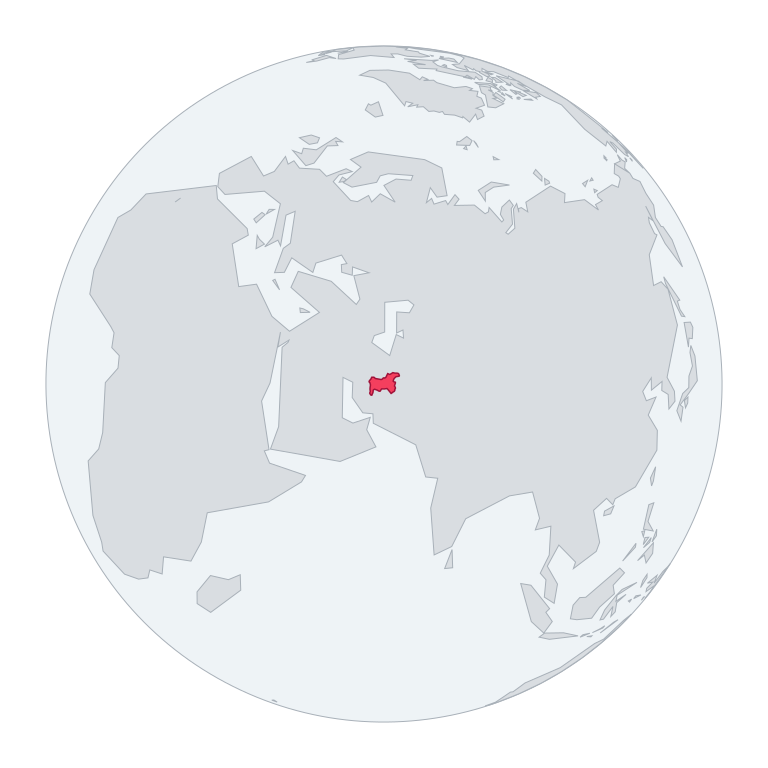 globe centered on Yazd, rotated 28°
{"feature_id": "IRN-3217", "entity_name": "Yazd", "entity_type": "Province", "adm_level": 1, "iso_a3": "IRN", "parent_name": "Iran", "parent_adm1": "", "projection": "orthographic", "projection_center": [55.694, 32.497], "detail": "fine", "context": "on_globe", "style": "filled", "palette": "rose", "viewbox_px": 768, "rotation_deg": 28, "n_neighbors": 0, "source": "natural_earth", "source_scale": "10m", "svg_char_len": 12154}
<svg xmlns="http://www.w3.org/2000/svg" viewBox="0 0 768 768"><g transform="rotate(28 384 384)"><circle cx="384" cy="384" r="338" fill="#eef3f6" stroke="#a8b0b8"/><path d="M411.9,47.2L414.3,47.5L447.7,53.6L463.8,56.7L456.0,55.9L490.0,63.7L511.7,71.9L483.8,62.2L478.3,61.1L491.4,65.8L488.5,65.9L493.2,68.5L488.7,68.4L472.8,63.8L469.6,64.0L479.0,67.5L480.4,70.3L467.0,65.0L468.1,69.7L441.7,64.9L409.7,54.2L391.5,54.9L349.4,53.6L349.8,55.1L334.1,56.8L328.7,59.4L322.4,59.3L323.5,61.7L330.3,61.4L333.0,62.5L330.5,64.3L322.0,64.1L322.1,63.2L318.2,64.2L315.1,63.5L315.2,64.9L305.3,65.0L311.2,67.7L300.0,70.3L294.5,69.7L300.2,66.0L301.7,58.6L297.9,58.4L286.7,61.1L254.7,73.1L248.3,75.1L235.9,80.6L237.0,80.6L247.1,76.6L246.0,78.9L258.5,74.6L259.9,75.3L270.7,73.2L263.4,77.9L250.5,83.8L241.2,86.1L235.3,89.2L239.6,91.0L217.9,100.3L195.9,115.9L190.9,118.4L189.3,114.5L200.9,103.2L198.8,101.7L194.4,107.5L181.9,115.1L177.5,118.7L174.8,121.6L177.3,120.8L171.8,124.9L174.2,119.8L179.2,116.0L178.4,117.4L183.7,112.6L185.2,110.7L184.2,111.5L204.2,97.9L225.1,85.8L246.8,75.2L269.2,66.2L292.2,58.8L315.7,53.1L339.5,49.0L363.6,46.7L387.8,46.1L411.9,47.2ZM475.9,59.5L468.6,57.3L476.6,59.5L475.9,59.5ZM494.7,68.9L497.6,69.7L498.8,70.8L494.7,68.9ZM274.0,71.0L272.3,72.1L271.2,71.8L274.0,71.0ZM280.2,69.2L280.0,68.2L282.9,67.3L282.9,67.9L280.2,69.2ZM493.0,72.0L493.9,74.1L490.2,71.1L493.0,72.0ZM279.7,70.8L288.1,65.8L293.2,64.3L297.7,65.7L279.7,70.8ZM492.7,74.7L495.2,80.6L502.1,82.5L484.2,81.3L488.0,76.2L482.3,72.0L488.8,74.5L492.7,74.7ZM333.5,60.6L326.2,60.9L334.7,59.1L333.5,60.6ZM338.3,59.2L360.4,53.5L370.0,54.5L360.6,55.9L374.9,56.4L368.6,59.5L359.4,60.0L354.5,58.6L355.8,61.0L338.3,59.2ZM473.9,80.1L472.2,81.2L471.0,79.2L473.9,80.1ZM334.8,62.8L338.4,61.3L346.9,61.9L341.2,65.1L340.3,63.8L334.8,62.8ZM381.7,55.3L387.0,56.7L383.4,59.5L385.0,60.5L369.3,59.7L381.7,55.3ZM337.0,64.6L338.1,66.8L331.7,68.3L331.8,64.4L337.0,64.6ZM351.5,60.9L355.3,61.5L351.3,62.1L351.5,60.9ZM309.8,75.9L313.9,73.5L318.7,73.5L309.8,75.9ZM338.9,67.5L341.1,67.0L343.4,66.9L342.8,68.7L338.9,67.5ZM367.9,62.0L365.3,63.1L374.1,62.4L371.8,65.0L361.7,64.2L365.1,65.6L364.4,66.4L357.0,65.0L367.9,62.0ZM349.3,70.4L335.7,71.0L326.9,75.1L322.4,75.1L337.3,68.6L349.3,70.4ZM354.4,67.2L350.2,69.1L346.7,67.8L347.5,65.8L354.4,67.2ZM373.8,67.1L380.0,63.4L381.9,63.8L373.8,67.1ZM347.4,71.7L350.7,71.6L347.2,72.1L347.4,71.7ZM366.5,68.7L368.4,67.2L370.6,67.6L366.5,68.7ZM355.7,72.8L351.4,72.8L351.7,71.3L355.7,72.8ZM361.2,71.1L363.8,72.0L354.5,70.7L361.7,70.3L361.2,71.1ZM368.2,69.3L370.2,69.1L367.1,69.9L368.2,69.3ZM356.9,78.9L345.1,77.6L345.9,74.1L357.2,75.7L356.9,78.9ZM74.3,419.2L70.9,361.9L78.8,349.2L84.7,327.9L142.7,287.5L150.1,298.8L190.2,311.0L194.3,316.3L184.2,331.5L210.0,366.2L224.6,355.7L253.3,376.9L275.8,381.8L293.4,351.1L256.5,342.4L255.4,324.8L289.2,318.1L322.2,326.8L322.9,320.4L306.5,302.5L318.6,292.8L301.3,295.4L304.9,302.9L294.2,305.2L290.3,298.6L294.7,295.1L286.0,290.1L267.1,309.2L268.8,318.9L243.3,315.9L243.6,332.2L235.1,337.1L231.4,311.5L235.2,303.7L224.5,273.2L218.2,280.9L227.8,310.6L222.8,306.8L214.3,318.9L216.8,306.6L207.9,273.5L187.9,269.9L154.6,291.3L144.6,287.8L139.8,275.3L160.0,245.4L180.0,256.9L187.4,247.8L190.2,229.3L196.1,234.9L199.7,229.2L208.0,233.1L226.3,224.7L235.7,227.6L249.5,211.7L256.2,211.4L246.1,220.6L244.2,229.2L268.4,237.6L274.9,235.5L281.9,224.8L287.7,229.1L291.4,217.8L308.5,218.2L290.7,208.7L298.4,197.4L312.3,191.4L311.6,186.4L289.1,196.3L282.9,202.0L282.8,209.4L263.3,225.2L253.6,225.3L261.9,203.3L249.0,201.5L261.1,186.5L314.6,166.8L333.6,166.1L351.3,188.1L343.1,194.1L332.7,188.9L336.3,204.0L338.9,197.8L343.7,201.7L352.3,193.1L356.1,195.6L357.8,183.5L363.5,185.6L362.3,193.3L379.8,183.6L393.3,186.2L395.4,183.0L393.9,178.8L412.0,185.6L412.7,183.0L407.1,179.6L405.0,172.4L408.3,162.7L414.3,165.6L414.0,169.5L422.4,182.5L420.5,193.2L423.3,193.5L426.4,185.0L416.2,168.9L416.4,162.4L422.5,169.1L420.3,166.1L422.4,163.8L430.1,164.5L423.9,156.9L438.1,131.1L454.4,130.9L458.2,139.1L474.5,127.1L491.7,129.7L486.5,126.3L490.7,119.6L485.4,118.6L483.2,116.5L491.8,101.0L498.5,100.4L496.3,91.8L493.6,90.3L488.5,90.1L484.2,81.3L502.1,82.5L507.3,85.6L514.9,85.0L525.7,92.7L538.1,99.5L545.5,109.6L554.7,114.8L556.6,114.1L570.6,121.4L592.6,140.5L566.3,128.0L531.5,104.1L544.9,113.6L539.3,112.7L542.6,117.1L552.3,124.2L555.0,124.2L557.5,145.3L575.8,170.5L580.7,163.6L590.3,167.0L615.4,194.2L630.8,245.2L643.8,254.0L649.0,262.6L647.3,272.3L639.8,259.8L632.3,259.3L628.3,251.2L623.0,263.9L617.1,253.1L615.9,269.1L623.5,275.6L630.3,267.8L631.9,287.4L647.1,296.6L656.0,314.3L654.3,356.8L642.0,376.8L642.7,383.2L634.2,380.5L628.3,397.1L648.7,422.5L650.0,432.1L637.9,458.1L636.7,451.3L614.0,444.1L613.7,468.2L631.1,479.2L637.2,497.8L625.6,496.9L618.9,480.8L610.8,477.7L610.2,457.5L598.1,431.2L586.1,441.8L584.4,429.6L565.9,409.6L547.3,423.9L519.4,464.6L520.1,495.7L508.5,511.4L483.5,471.6L475.7,442.0L464.5,446.5L440.6,422.8L393.0,423.7L388.2,415.5L378.8,419.4L362.3,410.9L355.6,397.1L344.7,397.4L363.0,433.4L374.9,433.1L387.5,419.9L390.2,432.5L406.4,443.3L381.6,473.0L314.3,494.8L311.0,471.1L276.8,399.4L279.7,392.3L279.7,391.4L279.5,389.8L273.0,401.1L268.2,386.8L282.9,436.6L283.9,456.5L313.3,496.0L309.7,499.2L320.1,507.6L357.6,501.6L357.1,509.2L337.4,542.3L288.4,580.7L296.9,609.3L296.7,631.0L270.5,640.1L277.3,655.9L264.5,658.1L266.6,666.0L258.9,671.5L244.2,673.7L214.4,663.4L209.0,656.2L188.7,636.7L158.9,590.8L162.6,575.3L158.4,558.9L137.3,513.6L141.7,494.9L136.9,483.2L126.6,479.7L121.6,465.5L115.7,461.5L82.0,442.7L74.3,419.2ZM117.1,315.3L114.2,321.2L114.2,321.3L117.1,315.3ZM353.7,353.1L375.7,356.2L371.6,334.6L379.7,334.3L375.4,327.4L371.2,333.1L361.4,314.4L373.0,309.2L373.3,300.1L365.9,298.7L346.3,311.5L360.2,337.8L352.7,345.8L353.7,353.1ZM181.8,115.3L181.5,115.9L177.8,119.3L177.7,118.7L181.8,115.3ZM173.0,130.4L164.4,136.6L170.4,131.4L168.5,131.3L178.9,120.9L188.9,119.1L182.5,121.5L173.0,130.4ZM195.5,107.6L187.8,113.7L195.8,107.2L195.5,107.6ZM211.5,196.9L212.0,202.3L205.5,207.5L193.7,206.2L202.9,198.3L211.5,196.9ZM214.3,209.0L225.9,188.9L233.7,189.7L227.4,192.5L231.4,195.1L222.2,200.4L218.5,221.8L212.5,227.9L193.8,220.7L203.2,219.3L202.1,213.7L214.3,209.0ZM241.5,144.0L246.6,137.4L257.0,147.3L251.0,152.4L238.8,150.8L238.7,143.9L241.5,144.0ZM286.0,75.2L287.3,73.6L289.7,73.4L290.5,74.6L286.0,75.2ZM311.3,74.7L282.9,82.8L282.9,81.1L266.3,88.9L259.8,87.8L270.8,82.5L253.4,88.1L260.8,82.9L249.0,87.4L274.2,75.9L280.1,72.2L275.9,76.6L281.7,77.6L285.9,76.9L302.4,72.6L318.0,66.0L326.2,66.7L327.9,69.0L325.4,70.7L320.8,69.5L320.7,72.6L312.3,72.3L311.3,74.7ZM342.4,106.6L338.2,102.7L336.6,112.6L328.1,110.8L328.5,112.1L320.2,113.4L310.8,117.5L307.7,115.9L305.4,118.2L299.9,119.5L295.6,122.3L288.6,120.7L282.9,124.2L282.8,121.5L274.8,128.1L277.6,122.6L270.8,124.3L271.6,128.7L244.3,117.5L230.6,118.4L217.6,122.7L224.3,113.7L240.7,104.6L260.6,97.6L272.8,98.5L273.6,94.8L279.7,94.4L276.5,97.5L285.1,92.5L289.2,93.1L307.0,89.4L316.7,82.8L323.4,81.7L321.7,84.6L329.6,81.5L330.9,86.4L335.8,85.9L341.9,90.7L335.8,97.3L341.7,96.3L346.6,100.5L342.4,106.6ZM358.2,80.3L352.9,87.7L345.6,90.6L337.9,81.2L333.3,81.0L328.2,75.9L338.9,72.0L339.4,73.7L342.3,74.6L337.8,75.4L343.6,75.4L344.5,77.9L349.3,78.7L346.2,80.7L358.2,80.3ZM202.3,312.3L206.1,314.7L212.8,316.6L207.5,324.6L202.3,312.3ZM195.7,289.8L199.6,290.3L195.5,301.7L191.6,299.5L195.7,289.8ZM205.3,281.3L200.2,289.4L200.6,283.7L205.3,281.3ZM250.1,220.8L254.7,221.1L253.8,223.8L249.7,226.9L250.1,220.8ZM335.9,138.9L334.7,135.4L336.9,134.6L340.9,126.6L347.5,127.8L347.7,133.1L335.9,138.9ZM285.1,355.4L276.6,360.2L274.0,356.4L277.5,355.5L285.1,355.4ZM238.6,342.7L247.6,349.9L237.1,344.8L238.6,342.7ZM343.8,138.8L344.7,135.3L347.4,138.1L343.8,138.8ZM352.5,128.3L356.3,130.9L348.8,127.0L352.5,128.3ZM435.2,714.7L439.0,715.0L433.3,715.8L435.2,714.7ZM354.3,633.3L338.2,667.0L322.1,665.6L316.5,655.3L320.7,634.6L338.5,629.8L346.6,619.9L354.3,633.3ZM681.6,511.8L685.8,508.7L685.4,510.1L681.6,511.8ZM677.4,511.9L682.8,507.4L676.0,515.5L677.4,511.9ZM684.7,505.7L690.1,498.1L692.4,493.8L691.7,496.8L684.7,505.7ZM673.6,515.3L649.9,531.8L639.8,534.7L642.8,528.5L659.3,519.4L673.6,515.3ZM642.0,528.9L625.6,524.6L598.4,496.0L608.2,492.7L635.7,504.6L634.1,509.6L644.1,514.7L642.0,528.9ZM679.1,479.8L677.3,493.3L664.9,501.6L658.8,503.8L654.8,490.5L657.1,480.7L662.3,477.6L678.6,435.8L685.0,437.8L680.8,454.1L685.9,461.1L679.1,479.8ZM521.8,498.2L530.9,514.0L524.2,518.5L521.8,498.2ZM682.6,410.0L677.8,428.3L681.3,406.3L682.6,410.0ZM683.1,391.1L684.7,397.1L680.9,393.3L683.1,391.1ZM645.1,392.2L639.8,397.2L638.4,392.7L644.3,383.7L645.1,392.2ZM662.7,329.5L667.4,343.1L668.1,348.4L663.4,342.0L662.7,329.5ZM401.4,149.4L388.4,158.7L383.5,167.4L387.6,174.9L376.3,168.8L383.9,155.3L401.4,149.4ZM432.9,132.7L429.2,127.1L434.4,127.5L436.0,128.9L432.9,132.7ZM428.1,130.7L416.9,127.8L417.2,123.4L426.0,126.5L428.1,130.7ZM380.0,132.0L375.7,134.5L373.6,132.0L380.0,132.0ZM633.0,612.4L629.0,616.7L624.4,620.8L631.9,612.5L640.3,596.7L642.4,595.2L648.9,581.7L672.7,551.8L691.8,514.3L697.7,506.2L706.6,480.1L710.5,471.0L705.3,488.8L705.3,488.7L697.0,511.3L687.2,533.3L675.8,554.5L662.9,574.8L648.6,594.1L633.0,612.4ZM691.8,502.3L698.6,486.5L701.3,482.2L691.8,502.3ZM716.2,445.7L715.0,450.9L716.6,442.3L717.3,435.2L712.8,444.3L711.9,441.0L714.3,432.7L710.1,436.2L714.9,424.7L716.0,433.0L718.3,418.5L720.4,411.8L721.0,408.3L716.2,445.7ZM713.1,450.7L713.8,449.2L712.8,454.1L713.1,450.7ZM703.6,457.7L703.2,461.3L701.6,460.9L703.6,457.7ZM705.8,452.8L709.9,449.6L705.2,456.3L705.8,452.8ZM689.0,461.0L690.8,467.0L696.5,456.1L692.1,467.8L695.1,476.6L693.4,482.8L690.6,472.9L688.2,488.6L685.5,490.9L684.9,480.0L688.1,462.4L690.7,453.6L700.5,440.4L689.0,461.0ZM706.1,443.3L704.8,435.9L705.6,428.5L707.1,431.5L706.1,443.3ZM699.4,419.0L694.2,412.8L690.8,420.9L696.4,397.7L700.7,407.4L699.4,419.0ZM692.9,399.2L689.9,406.7L692.1,394.1L692.9,399.2ZM688.3,404.1L686.5,397.0L689.7,395.0L688.3,404.1ZM694.8,397.6L693.0,384.1L695.8,390.1L694.8,397.6ZM681.6,381.4L690.7,387.4L681.2,390.4L674.5,366.2L678.0,362.2L681.6,381.4ZM661.4,263.5L657.0,257.6L658.5,252.8L661.1,258.2L661.4,263.5ZM659.1,234.0L657.4,249.7L655.3,263.4L658.9,264.1L663.7,277.4L655.1,270.1L652.2,252.2L654.8,244.1L649.5,233.8L647.9,223.3L639.4,212.6L636.8,205.9L645.4,213.3L659.1,234.0ZM635.5,208.5L620.1,188.8L625.5,185.5L630.1,189.0L634.9,199.2L631.8,200.3L635.5,208.5ZM618.0,183.3L614.8,184.4L585.4,163.1L580.6,158.0L605.8,171.1L604.1,173.1L610.4,179.3L618.0,183.3ZM475.8,82.3L472.5,81.3L475.7,81.2L475.8,82.3ZM480.2,116.2L477.8,113.4L481.5,113.1L480.2,116.2ZM473.0,105.9L470.5,108.1L470.6,104.5L473.0,105.9ZM465.2,113.8L468.2,108.5L469.0,115.4L465.2,113.8Z" fill="#d9dde1" stroke="#a8b0b8" stroke-width="1"/><path d="M373.8,383.2L379.1,381.5L379.6,381.2L379.9,380.9L380.1,380.5L380.3,380.1L380.5,379.1L380.8,378.8L381.3,378.5L381.7,378.5L381.9,378.3L382.4,377.5L382.5,377.1L382.4,373.1L382.5,373.1L383.0,373.0L384.2,373.0L384.8,372.7L386.5,369.8L388.5,369.3L390.4,368.3L391.6,368.0L392.1,368.1L393.5,369.2L393.7,369.6L393.7,369.9L393.2,370.4L391.3,371.8L391.0,372.4L390.4,374.3L390.4,375.3L390.7,377.0L390.9,377.3L391.9,377.4L393.2,377.1L393.4,377.4L393.6,377.7L394.0,380.2L394.3,381.0L394.7,381.2L394.9,381.3L395.2,381.4L395.6,381.7L396.0,382.3L396.2,382.8L396.2,383.0L396.0,383.4L396.0,383.6L396.2,383.9L396.2,384.1L396.4,384.4L396.6,384.7L396.6,385.0L396.5,385.4L396.5,385.6L396.4,385.9L395.7,386.8L395.6,387.4L395.1,388.2L394.8,388.8L394.7,389.0L389.3,386.7L388.7,386.6L388.6,386.8L388.4,387.0L387.3,387.6L387.0,388.0L384.3,389.4L384.1,389.9L384.0,391.8L383.9,392.2L383.1,392.6L382.1,392.7L381.7,392.6L381.1,392.6L378.2,393.0L377.8,393.5L377.5,394.0L377.4,394.4L377.4,394.7L377.7,395.2L378.0,396.0L378.1,396.6L378.3,396.8L378.4,398.9L378.4,399.2L378.5,399.4L378.5,399.6L378.3,399.7L377.8,399.8L377.5,399.9L376.5,399.4L375.7,398.8L375.6,398.4L375.4,397.1L375.2,396.7L374.4,395.7L373.6,394.2L372.5,391.2L371.8,390.4L371.1,389.6L369.8,389.1L369.6,388.2L369.6,387.8L369.7,387.7L369.8,387.0L370.0,386.2L370.1,385.8L370.0,384.0L370.0,383.8L370.2,383.6L370.6,383.5L370.9,383.4L371.1,383.2L371.4,383.0L371.9,382.8L372.3,382.8L373.8,383.2Z" fill="#f43f5e" stroke="#9f1239" stroke-width="1.5"/></g></svg>